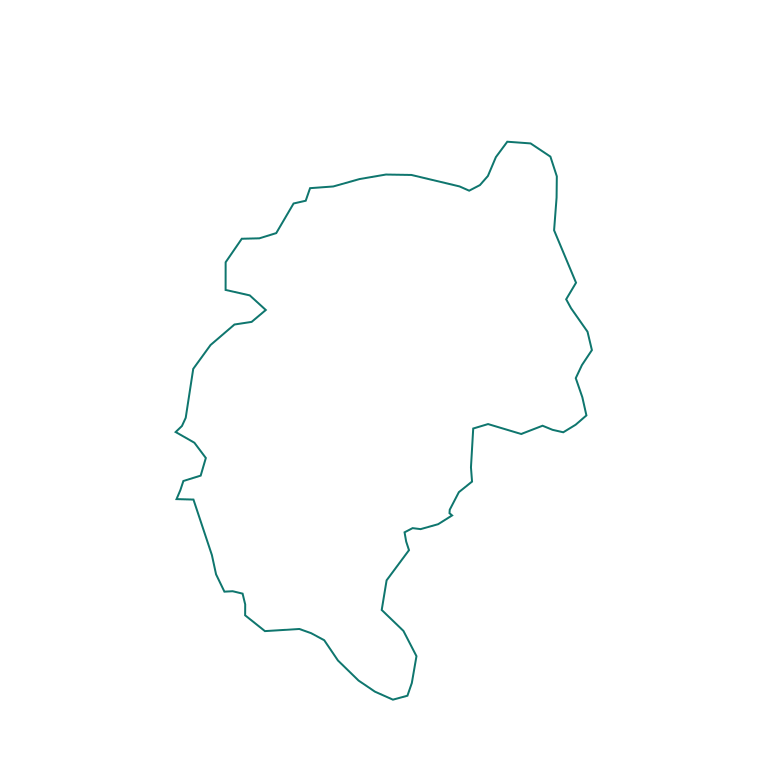 map outline of Kægalla (Mercator projection), rotated 26°
{"feature_id": "LKA-2469", "entity_name": "Kægalla", "entity_type": "District", "adm_level": 1, "iso_a3": "LKA", "parent_name": "Sri Lanka", "parent_adm1": "", "projection": "mercator", "projection_center": [80.358, 7.113], "detail": "fine", "context": "isolated", "style": "outline", "palette": "teal", "viewbox_px": 768, "rotation_deg": 26, "n_neighbors": 0, "source": "natural_earth", "source_scale": "10m", "svg_char_len": 1233}
<svg xmlns="http://www.w3.org/2000/svg" viewBox="0 0 768 768"><g transform="rotate(26 384 384)"><path d="M331.6,640.6L316.5,628.7L304.3,613.2L263.4,571.4L248.0,578.4L247.5,568.7L246.2,559.1L259.4,546.7L256.3,528.6L239.3,519.9L217.8,518.5L220.8,510.3L220.6,501.3L205.9,454.0L211.0,425.0L223.5,396.1L237.8,386.2L245.3,369.3L224.5,363.2L200.4,368.9L188.3,344.0L192.5,315.8L208.1,307.7L221.0,295.6L223.6,261.4L233.3,253.6L231.7,240.4L251.8,228.7L272.2,210.5L293.9,194.9L317.0,184.1L365.3,173.3L375.8,172.9L383.0,163.2L386.2,151.5L385.1,131.0L388.6,112.2L410.3,103.5L433.9,106.7L448.3,121.6L457.4,140.8L469.5,171.3L512.2,208.8L510.6,228.0L518.9,233.9L544.0,247.8L556.0,262.4L553.6,280.2L553.8,294.7L568.1,309.0L579.7,323.5L574.1,336.6L566.3,348.8L555.6,351.3L544.8,352.0L529.2,368.8L495.1,374.4L483.7,384.9L498.7,420.8L505.9,433.1L498.7,448.4L498.2,468.2L499.5,471.4L502.8,472.3L494.1,486.3L480.5,498.4L472.9,501.0L467.5,508.3L473.0,515.9L479.3,522.4L472.4,559.3L481.0,588.1L509.7,597.4L532.5,614.4L540.1,640.6L541.7,653.9L530.4,663.8L510.7,664.5L491.1,661.7L463.8,652.7L442.6,640.5L427.7,639.9L415.3,641.3L385.3,658.3L360.6,652.8L355.9,643.0L348.8,634.4L338.8,636.6L331.6,640.6Z" fill="none" stroke="#0f766e" stroke-width="2"/></g></svg>